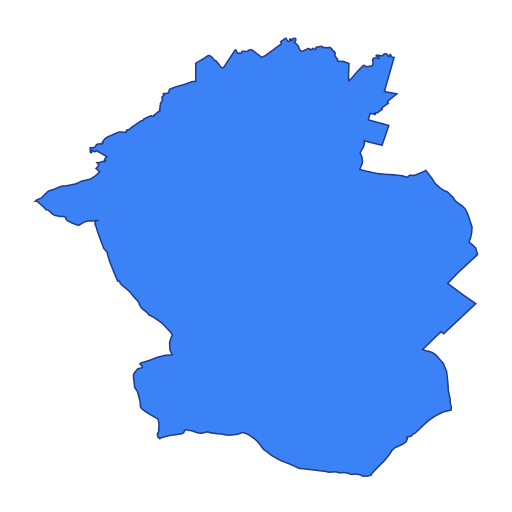 outline of Marghita, Bihor, Romania, rotated 181°
{"feature_id": "2599482B95989289587236", "entity_name": "Marghita", "entity_type": "district", "adm_level": 2, "iso_a3": "ROU", "parent_name": "Romania", "parent_adm1": "Bihor", "projection": "natural_earth1", "projection_center": [22.362, 47.382], "detail": "fine", "context": "isolated", "style": "filled", "palette": "blue", "viewbox_px": 512, "rotation_deg": 181, "n_neighbors": 0, "source": "geoboundaries", "source_scale": "gbopen_adm2", "svg_char_len": 6044}
<svg xmlns="http://www.w3.org/2000/svg" viewBox="0 0 512 512"><g transform="rotate(181 256 256)"><path d="M264.6,462.3L266.9,461.6L267.0,461.1L267.5,460.8L268.5,460.7L269.9,460.1L270.5,460.2L271.3,460.6L272.3,460.4L273.3,460.5L273.9,459.6L273.9,458.9L274.3,458.3L275.1,458.4L276.0,458.7L276.5,458.4L278.0,458.4L278.9,459.8L279.2,461.2L280.1,461.7L280.6,461.4L291.4,444.3L292.2,443.7L293.2,443.6L293.8,443.9L295.1,445.0L297.0,447.8L299.7,450.7L301.1,450.9L303.0,453.6L305.6,455.4L306.4,455.6L307.3,455.6L312.4,452.1L319.6,447.7L319.3,429.5L321.3,429.5L323.3,429.1L330.3,426.4L339.2,423.7L343.8,421.9L345.4,421.1L346.3,418.0L347.0,417.2L351.5,416.8L351.5,416.4L350.8,415.9L350.9,415.2L351.0,414.8L351.8,414.4L352.5,413.7L352.5,413.0L352.9,412.5L352.9,412.1L352.4,411.7L352.2,411.2L352.3,410.6L353.4,408.1L354.3,406.6L354.2,405.1L354.7,403.9L354.5,403.0L354.7,401.3L355.1,400.2L354.5,399.4L355.8,398.7L356.3,398.2L356.6,398.3L358.0,396.9L360.0,395.4L360.5,394.7L360.1,394.4L360.2,394.2L360.8,394.1L361.0,393.9L361.9,393.9L363.3,394.5L363.4,394.4L363.1,394.0L365.1,393.8L370.9,390.9L370.9,390.0L371.3,389.6L373.0,389.3L383.0,382.3L384.2,380.7L387.5,379.6L387.3,379.0L388.2,378.1L388.2,377.2L392.0,377.6L395.0,377.6L400.4,375.3L402.5,374.2L405.8,372.8L408.1,371.4L409.2,370.5L411.4,367.5L410.9,366.5L411.9,366.2L412.0,365.3L413.7,365.5L416.4,365.1L417.5,364.5L418.8,362.2L420.2,361.6L421.6,361.3L423.1,361.5L423.7,361.4L423.4,356.5L422.4,356.4L422.0,356.8L422.0,358.7L421.9,359.0L419.8,357.6L419.0,357.4L417.0,358.5L415.6,357.5L413.2,356.3L406.9,352.7L408.3,351.3L409.0,349.8L409.0,349.3L408.6,348.9L407.9,348.5L409.2,347.5L410.1,348.1L413.9,346.8L415.2,346.6L416.6,346.6L414.7,344.1L415.2,343.0L417.5,340.7L413.8,337.7L417.0,334.1L421.5,330.9L423.4,329.9L431.9,327.7L436.4,325.4L438.5,324.7L447.7,322.7L450.2,322.7L452.8,322.0L460.5,318.6L463.7,317.7L465.6,316.6L471.6,310.3L476.3,308.2L477.5,307.0L476.2,307.1L469.9,302.0L466.8,298.6L464.7,298.4L459.9,294.1L457.8,293.1L452.5,292.1L449.3,292.1L447.9,291.8L446.8,291.0L447.0,290.7L446.2,289.0L445.2,288.0L440.2,285.6L436.0,284.1L433.7,283.6L428.2,287.0L425.1,288.0L417.5,288.3L415.7,288.9L415.3,288.7L416.4,288.5L417.3,287.8L417.5,286.9L417.6,285.3L416.7,283.4L414.6,276.9L411.4,268.6L408.4,261.1L404.5,256.6L404.6,255.2L402.0,247.3L398.1,238.0L393.9,228.5L391.9,228.4L391.3,226.3L389.4,224.3L384.6,220.6L382.2,218.6L380.2,216.4L377.8,213.3L374.0,209.6L373.0,208.3L372.3,207.3L372.0,206.1L370.9,204.0L369.9,202.5L368.2,200.7L366.5,199.6L363.2,196.8L362.5,196.0L362.3,195.3L361.8,195.3L360.6,194.5L357.3,193.0L348.7,187.2L339.9,178.2L338.3,175.4L339.7,172.4L340.9,168.0L340.4,160.5L338.0,155.8L339.1,155.5L344.8,155.2L353.6,152.8L358.8,150.5L368.9,147.1L370.0,146.4L370.0,145.6L367.7,143.8L367.7,143.0L368.1,142.5L369.6,141.8L372.0,141.4L375.0,137.8L376.3,135.8L376.4,132.8L375.0,122.4L372.2,118.4L369.2,108.0L369.0,103.4L367.9,101.6L365.3,99.5L358.5,95.3L351.1,91.3L350.0,86.2L350.3,78.7L351.4,76.6L351.4,75.0L351.0,73.5L349.0,71.6L347.7,72.6L338.6,75.2L329.9,76.4L327.3,77.0L326.0,77.5L325.0,78.4L324.1,80.9L322.5,81.0L316.3,79.9L312.1,78.4L307.8,77.8L306.8,77.9L302.3,79.2L300.6,79.1L298.3,78.3L295.2,78.1L291.2,77.5L288.1,77.5L282.4,76.5L280.4,76.4L274.6,76.9L272.4,77.4L271.9,77.2L266.3,79.3L263.0,78.4L259.6,76.8L255.7,74.2L252.7,71.9L249.4,68.4L245.6,63.3L236.5,56.6L228.0,52.0L217.4,48.1L208.9,44.3L204.8,44.1L183.2,41.9L179.7,41.1L172.4,41.6L168.5,40.6L164.6,41.0L161.7,40.8L157.1,39.4L151.5,39.7L147.5,38.9L145.2,37.7L139.8,38.0L137.0,39.0L137.3,39.5L130.2,47.3L124.0,53.6L118.4,60.9L117.0,63.7L113.9,66.6L105.4,70.7L102.7,73.0L101.5,75.7L102.0,77.7L100.9,77.6L97.2,78.9L97.1,79.9L93.4,82.1L84.7,90.7L80.5,94.5L75.7,98.1L70.6,101.1L65.3,103.6L58.3,105.3L58.1,108.7L59.0,111.4L59.2,112.9L59.4,116.4L61.4,124.8L61.8,131.3L63.4,143.8L66.9,152.1L69.2,154.3L74.1,160.0L77.9,162.5L81.6,163.8L84.6,164.1L87.7,165.5L72.7,180.6L69.5,183.5L67.0,181.5L35.4,212.2L47.1,220.0L63.9,231.9L53.3,243.3L34.5,261.3L36.4,267.7L38.0,269.4L43.2,273.7L42.5,276.3L41.9,277.0L40.7,283.5L40.5,288.7L44.5,300.3L46.1,304.0L47.9,306.9L50.7,309.7L54.9,312.4L57.7,314.7L60.0,318.1L65.9,323.6L69.4,324.8L73.1,327.3L77.4,331.0L79.6,333.6L80.8,335.9L87.8,344.6L88.6,343.9L97.5,339.9L100.4,339.3L103.7,339.5L106.4,337.3L110.8,338.7L120.8,339.7L127.8,339.9L137.1,340.7L147.6,342.8L153.8,344.4L151.4,350.5L151.1,352.6L151.8,356.8L153.6,360.9L153.5,361.5L150.5,366.9L149.5,370.3L149.8,373.0L131.9,368.9L125.5,388.8L146.1,394.1L144.3,400.5L139.3,399.7L139.5,401.0L137.3,401.2L132.3,405.0L133.0,406.1L126.3,411.1L127.4,412.7L118.0,420.6L130.5,422.7L121.4,456.9L123.3,457.1L123.8,457.6L124.8,459.0L124.9,459.6L125.2,459.9L125.7,459.2L126.3,457.8L127.3,457.9L127.8,459.3L128.5,460.1L130.1,460.4L131.3,460.4L132.9,458.5L134.1,458.3L136.5,458.8L138.3,458.9L139.1,458.8L139.4,458.3L139.4,458.0L137.8,457.8L137.0,457.4L136.4,456.6L136.2,456.0L136.6,455.5L138.8,456.2L141.2,456.0L142.3,455.6L142.9,454.0L142.3,451.0L142.7,448.7L144.0,447.8L146.5,447.6L148.5,447.1L149.6,447.5L151.1,448.5L152.0,448.4L158.0,442.1L163.4,435.5L166.1,432.9L166.5,434.7L166.6,439.7L166.4,450.1L172.3,452.2L173.9,452.0L175.4,452.2L177.0,452.1L177.9,452.5L177.9,454.1L178.2,454.6L178.9,455.2L180.6,457.8L180.4,460.6L182.1,462.4L183.0,462.8L183.2,463.7L185.2,465.6L185.8,465.9L186.6,465.9L187.5,465.3L189.1,465.7L190.2,465.4L191.5,465.5L193.7,466.6L194.7,466.8L195.7,466.7L196.6,466.2L199.5,465.9L199.9,463.9L201.1,463.4L202.4,464.6L203.0,464.6L204.2,463.2L205.3,463.1L206.2,464.3L207.7,464.4L209.3,463.2L210.8,462.8L212.9,461.5L213.7,461.5L214.7,461.8L215.5,462.5L216.6,464.3L217.2,466.2L218.0,467.4L220.3,469.6L221.3,470.0L220.1,471.8L220.0,473.3L220.1,474.0L220.5,474.3L222.7,474.3L223.2,473.6L223.5,472.2L224.0,472.1L224.4,472.2L225.2,473.6L225.9,473.6L226.2,472.8L226.2,471.5L226.7,471.0L227.6,471.0L228.7,472.1L229.5,474.1L230.1,474.2L231.1,473.8L232.4,472.6L234.1,471.6L234.7,471.0L235.0,470.3L234.3,468.9L234.4,468.4L234.6,468.2L235.1,468.0L250.2,456.5L253.7,454.7L263.5,461.9L264.6,462.3Z" fill="#3b82f6" stroke="#1e3a8a" stroke-width="1.5"/></g></svg>